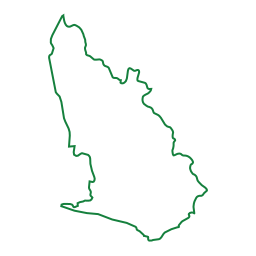 the border of Western
{"feature_id": "GHA-2162", "entity_name": "Western", "entity_type": "Region", "adm_level": 1, "iso_a3": "GHA", "parent_name": "Ghana", "parent_adm1": "", "projection": "robinson", "projection_center": [-2.27, 5.896], "detail": "fine", "context": "isolated", "style": "outline", "palette": "green", "viewbox_px": 256, "rotation_deg": 0, "n_neighbors": 0, "source": "natural_earth", "source_scale": "10m", "svg_char_len": 4689}
<svg xmlns="http://www.w3.org/2000/svg" viewBox="0 0 256 256"><path d="M56.8,93.6L55.8,92.2L49.1,57.8L49.2,56.2L49.8,55.2L51.4,54.2L51.9,53.6L53.6,48.2L53.4,47.6L52.2,45.1L51.1,43.5L50.8,42.5L50.9,39.0L52.3,35.3L62.2,16.1L63.3,15.4L63.3,15.7L64.2,20.8L64.8,22.8L65.7,24.6L66.0,25.0L66.4,25.5L67.0,26.1L67.6,26.4L68.1,26.6L69.2,26.7L69.6,26.7L70.1,26.6L73.3,25.1L74.3,24.9L75.2,25.1L76.5,25.7L79.1,27.3L80.3,28.6L81.3,29.8L83.3,34.1L83.8,36.1L85.1,39.5L85.2,40.1L85.3,41.8L85.4,42.3L85.5,42.8L85.7,43.3L85.9,44.3L85.9,44.9L85.9,45.4L85.2,47.2L85.0,47.8L85.0,48.4L85.1,49.2L85.3,50.2L85.8,51.7L86.1,52.7L86.1,53.5L86.1,54.2L86.4,54.6L86.7,54.9L87.1,55.2L89.4,55.9L90.2,56.3L93.6,59.2L94.0,59.5L94.9,59.7L96.0,59.7L99.3,59.4L100.0,59.5L100.8,59.8L101.9,60.4L102.5,60.9L102.8,61.4L103.2,63.4L103.5,64.4L104.0,65.1L104.4,65.5L104.8,65.8L105.2,66.0L106.9,66.6L107.9,67.1L108.4,67.5L108.8,68.0L112.6,77.1L113.0,77.5L113.5,77.8L114.0,77.9L116.3,78.0L116.8,78.1L117.3,78.3L118.2,78.9L119.3,79.8L120.1,80.2L120.8,80.2L120.5,82.6L120.7,82.8L121.2,83.2L121.9,83.3L122.6,83.3L123.1,83.2L123.6,83.1L124.3,82.6L124.6,82.4L125.8,81.2L126.0,80.7L126.4,79.7L126.8,78.7L127.0,77.6L127.9,70.9L128.1,70.1L128.5,69.0L129.0,68.5L129.5,68.2L130.0,68.3L130.4,68.4L131.2,68.8L133.9,70.7L134.4,70.8L135.1,70.8L136.9,70.1L137.6,70.0L138.3,70.1L138.7,70.4L138.9,70.7L139.0,71.1L139.1,71.5L139.1,72.0L139.1,72.5L137.5,78.0L137.4,79.2L137.4,79.8L137.5,80.3L137.7,80.7L138.5,81.1L144.8,82.8L145.2,83.0L145.6,83.3L145.9,83.6L146.5,84.8L146.7,85.3L147.1,86.8L147.3,87.4L147.5,88.0L148.1,88.6L148.6,88.9L149.3,89.0L151.2,88.9L150.8,90.4L150.2,91.3L148.8,92.8L147.7,93.6L145.4,94.7L144.0,95.6L143.3,96.2L142.9,96.8L142.8,97.3L142.6,98.4L142.5,99.6L142.6,100.9L142.8,101.5L143.0,102.3L143.7,103.5L144.0,103.9L146.5,105.8L147.9,106.6L148.6,106.8L149.1,106.9L150.8,107.6L151.5,108.1L152.4,109.2L152.7,109.8L153.6,112.4L153.9,112.8L154.2,113.1L154.6,113.3L157.3,114.6L158.6,115.3L158.9,115.7L159.3,115.9L160.9,117.8L164.8,124.2L165.0,124.5L165.3,124.8L166.8,126.1L167.2,126.4L167.7,126.6L169.7,127.2L170.1,127.3L170.7,127.9L171.3,128.7L172.5,130.5L172.9,131.5L173.1,132.4L173.0,133.0L172.7,134.7L172.6,136.2L172.7,137.3L172.9,137.9L173.2,138.3L174.3,138.8L174.9,139.4L175.1,140.0L175.1,140.5L174.8,140.8L174.3,141.5L174.0,141.9L173.8,142.3L173.6,142.8L173.6,143.4L173.6,145.3L173.5,146.4L173.1,148.5L172.5,150.0L172.4,150.9L172.5,151.9L172.8,153.9L173.1,154.7L173.5,155.3L174.0,155.3L174.5,155.2L177.3,153.9L178.2,153.7L179.2,153.6L179.7,153.6L180.2,153.7L180.7,153.9L181.1,154.1L182.1,155.0L182.5,155.2L182.9,155.4L183.4,155.5L185.5,155.6L186.5,155.8L187.4,156.1L188.3,156.5L189.8,157.5L190.9,158.6L192.0,159.9L192.8,161.4L192.9,161.8L193.0,162.3L192.9,162.7L192.5,163.4L192.2,163.8L191.8,164.0L191.4,164.2L191.1,164.4L190.8,164.8L190.6,165.2L190.3,166.2L190.1,167.4L190.1,167.9L190.1,168.5L190.4,169.6L191.0,171.3L192.3,173.2L192.6,173.6L193.3,174.2L194.2,174.5L194.7,174.8L195.3,175.3L196.0,176.0L196.4,176.6L196.7,177.3L197.3,179.5L197.5,180.2L197.8,180.8L198.9,182.2L201.7,185.1L205.2,187.6L205.8,188.2L206.7,189.3L206.9,190.1L206.9,190.6L206.6,190.9L204.0,193.2L203.0,194.7L202.7,195.0L202.3,195.3L202.0,195.5L201.6,195.7L201.1,195.8L200.7,195.8L199.5,195.8L199.0,195.9L198.2,196.2L197.8,196.3L197.4,196.6L197.1,196.8L196.8,197.1L196.2,197.9L194.5,201.4L194.2,202.4L193.9,203.5L193.6,205.8L193.5,206.9L194.3,213.2L194.2,213.3L193.0,212.6L191.5,212.5L190.0,212.9L188.9,213.9L188.8,214.6L189.4,216.1L189.2,216.9L188.7,217.6L188.3,217.9L182.4,221.2L181.4,222.1L178.9,225.2L178.7,225.9L178.9,226.6L178.8,227.0L178.1,227.2L177.3,227.3L171.4,229.2L164.8,232.5L163.5,233.9L161.4,237.2L160.1,238.6L158.9,239.2L153.0,240.0L151.8,240.5L149.5,240.6L149.0,240.5L148.4,239.9L148.1,238.9L148.2,237.8L148.0,236.9L146.9,236.5L146.2,236.4L144.9,236.0L144.0,235.9L144.0,235.4L143.2,234.5L139.6,231.2L137.8,230.3L136.9,229.7L136.6,228.9L136.5,228.2L136.1,227.4L135.6,226.8L126.7,222.9L112.2,219.5L98.1,214.1L86.9,213.1L74.5,210.7L62.6,206.6L61.3,206.2L61.6,204.6L62.2,204.4L63.0,204.1L64.0,203.9L70.1,204.0L72.0,204.6L72.5,205.1L73.5,206.9L74.0,207.2L75.1,207.0L76.9,206.2L77.8,205.9L77.6,203.2L80.0,202.1L83.1,201.5L84.9,200.6L88.3,200.7L90.3,200.4L91.5,199.4L92.4,197.6L91.9,197.0L90.8,195.9L90.5,195.5L90.4,194.6L90.8,192.6L90.8,191.8L90.4,190.7L89.2,188.7L89.0,187.4L89.6,181.4L92.5,182.0L93.6,181.7L94.4,180.5L94.7,178.8L94.3,177.0L92.0,170.8L90.4,163.9L90.2,158.8L89.9,157.2L89.2,156.0L88.1,154.9L82.0,153.2L80.6,153.8L77.9,155.7L76.2,155.9L74.1,154.7L73.7,152.1L74.6,146.1L69.0,146.6L69.8,135.5L69.6,132.0L68.6,128.5L65.3,121.6L64.0,118.2L61.4,102.0L59.6,96.5L57.1,93.9L56.8,93.6Z" fill="none" stroke="#15803d" stroke-width="2"/></svg>